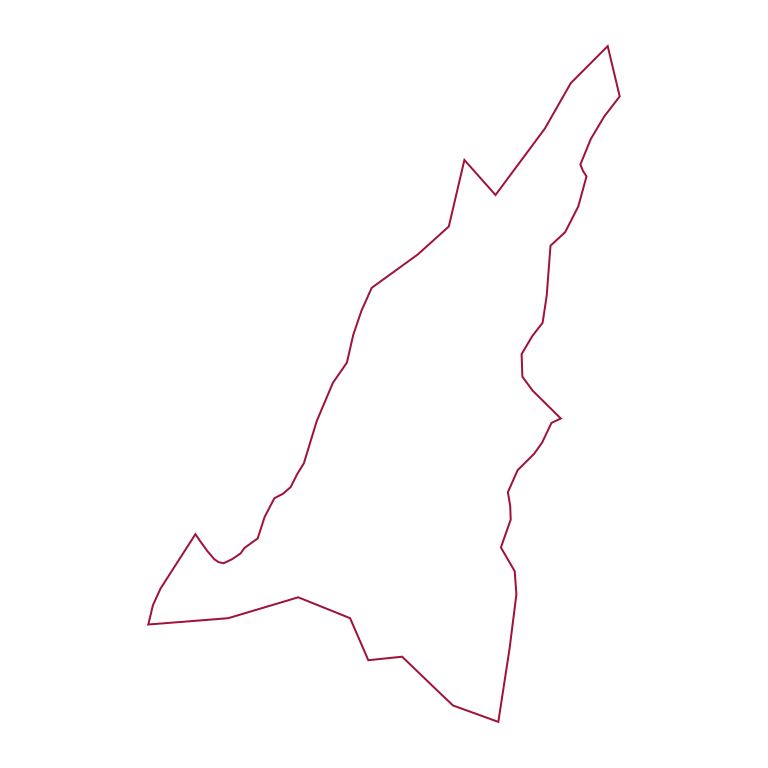 the border of Kabarole
{"feature_id": "UGA-3106", "entity_name": "Kabarole", "entity_type": "District", "adm_level": 1, "iso_a3": "UGA", "parent_name": "Uganda", "parent_adm1": "", "projection": "equal_earth", "projection_center": [30.23, 0.607], "detail": "fine", "context": "isolated", "style": "outline", "palette": "rose", "viewbox_px": 768, "rotation_deg": 0, "n_neighbors": 0, "source": "natural_earth", "source_scale": "10m", "svg_char_len": 952}
<svg xmlns="http://www.w3.org/2000/svg" viewBox="0 0 768 768"><path d="M148.3,624.5L152.9,605.3L160.5,588.6L195.4,534.2L201.0,542.3L206.9,550.5L214.2,559.1L218.6,562.2L223.7,563.2L232.1,559.2L240.6,553.4L244.5,547.9L257.7,538.4L264.6,517.0L274.4,498.2L283.2,493.6L290.7,487.0L297.1,474.3L303.9,463.2L316.7,421.2L332.9,382.8L346.9,362.6L353.2,335.1L361.4,310.9L371.7,287.8L417.7,254.5L448.8,226.5L464.4,160.0L495.5,195.0L544.9,128.5L570.8,83.1L607.7,46.1L619.7,96.4L604.2,116.5L590.8,139.0L580.4,164.5L583.0,171.0L586.5,176.4L578.3,206.4L565.2,232.1L550.5,245.7L546.7,295.8L542.6,322.8L532.4,335.9L521.6,354.1L522.4,376.7L532.6,390.6L560.8,418.5L551.5,422.9L542.2,442.4L534.2,453.7L517.6,470.2L507.9,492.2L510.2,505.9L510.7,519.6L500.9,547.5L514.7,571.2L516.4,594.3L509.7,647.7L498.3,721.9L453.0,705.5L436.7,690.0L420.3,674.2L402.1,656.7L368.3,660.2L350.1,618.2L298.2,597.3L228.1,618.2L148.3,624.5Z" fill="none" stroke="#9f1239" stroke-width="2"/></svg>